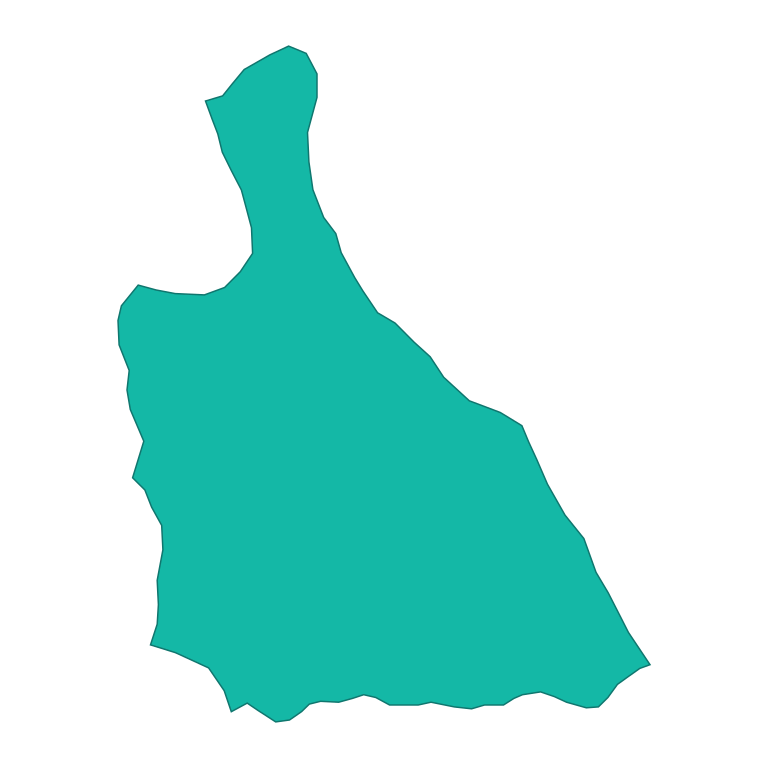 outline of Angastina, Cyprus
{"feature_id": "46923920B58567235428408", "entity_name": "Angastina", "entity_type": "district", "adm_level": 2, "iso_a3": "CYP", "parent_name": "Cyprus", "parent_adm1": "", "projection": "equal_earth", "projection_center": [33.585, 35.215], "detail": "fine", "context": "isolated", "style": "filled", "palette": "teal", "viewbox_px": 768, "rotation_deg": 0, "n_neighbors": 0, "source": "geoboundaries", "source_scale": "gbopen_adm2", "svg_char_len": 1336}
<svg xmlns="http://www.w3.org/2000/svg" viewBox="0 0 768 768"><path d="M241.4,190.0L246.0,207.1L251.5,227.8L252.6,253.4L240.3,271.7L224.6,287.5L204.4,294.9L175.2,293.6L156.2,290.0L138.2,285.1L121.4,305.8L118.0,320.5L119.1,344.9L129.2,370.5L127.0,390.0L130.3,409.5L143.8,441.2L132.6,477.8L144.9,490.0L151.6,507.1L161.7,525.4L162.4,539.7L162.9,549.8L157.2,580.3L158.4,604.7L157.2,624.2L150.5,644.9L175.3,652.6L208.6,667.9L224.2,690.7L231.3,711.7L247.2,703.1L258.4,710.7L275.7,721.9L289.5,720.0L301.6,711.6L309.3,704.1L320.6,701.3L338.7,702.2L352.5,698.4L363.7,694.7L375.8,697.5L389.6,705.0L400.8,705.0L418.1,705.0L431.0,702.2L454.3,706.9L471.6,708.8L484.5,705.0L503.5,705.0L513.9,698.4L522.5,694.7L540.6,691.9L554.4,696.6L566.5,702.2L586.3,707.8L598.4,706.9L607.9,697.5L617.4,684.4L627.8,676.9L639.8,668.4L650.0,664.7L628.4,632.4L621.7,619.2L608.2,592.8L596.0,572.3L583.9,538.6L565.0,515.1L547.5,484.3L536.7,459.4L528.6,441.8L521.9,425.7L500.3,412.5L469.3,400.8L443.7,377.3L430.2,356.8L414.0,342.1L395.1,323.1L377.6,312.8L362.8,290.8L354.7,277.6L341.2,252.7L335.8,233.6L323.7,217.5L312.9,189.7L308.9,161.8L307.5,132.5L317.0,97.4L317.0,73.9L306.2,53.4L288.6,46.1L269.8,54.9L244.2,69.5L232.0,84.2L222.6,95.9L205.5,101.0L212.2,119.3L217.8,133.9L222.3,152.2L231.3,170.5L241.4,190.0Z" fill="#14b8a6" stroke="#0f766e" stroke-width="1.5"/></svg>